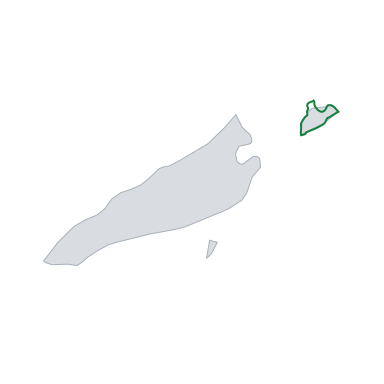 Ambeno highlighted on a map of East Timor, rotated 169°
{"feature_id": "TLS-543", "entity_name": "Ambeno", "entity_type": "District", "adm_level": 1, "iso_a3": "TLS", "parent_name": "East Timor", "parent_adm1": "", "projection": "mercator", "projection_center": [124.284, -9.341], "detail": "fine", "context": "in_parent", "style": "outline", "palette": "green", "viewbox_px": 384, "rotation_deg": 169, "n_neighbors": 0, "source": "natural_earth", "source_scale": "10m", "svg_char_len": 1706}
<svg xmlns="http://www.w3.org/2000/svg" viewBox="0 0 384 384"><g transform="rotate(169 192 192)"><path d="M134.1,259.6L130.7,246.7L127.2,241.2L124.4,238.1L123.4,234.2L123.6,230.2L125.3,228.3L137.2,227.8L142.0,221.2L142.0,213.3L139.6,210.6L137.2,209.5L124.8,215.4L121.3,214.4L119.2,212.2L119.9,203.4L130.1,195.2L138.7,180.3L144.8,174.4L158.9,168.8L164.6,167.3L205.7,159.1L215.6,158.5L241.6,158.8L276.5,157.0L285.1,155.9L296.3,152.2L307.1,147.8L312.9,144.3L318.9,141.7L327.9,144.9L343.1,147.3L347.2,149.5L351.0,152.4L333.3,168.1L313.9,181.0L302.0,185.0L289.6,187.6L280.2,192.6L272.2,200.5L262.0,204.9L250.6,206.4L240.8,208.8L231.9,213.4L219.6,221.3L214.6,222.1L209.3,221.9L199.0,225.0L167.2,236.3L147.9,248.9L134.1,259.6ZM33.6,242.8L49.4,234.3L73.4,227.9L72.8,232.6L70.3,240.1L66.7,243.6L61.2,249.9L57.6,251.3L43.2,249.9L41.3,250.8L38.9,250.2L35.2,246.1L33.6,242.8ZM190.3,124.4L183.9,141.3L176.8,137.7L184.3,128.2L187.9,125.4L190.3,124.4Z" fill="#d9dde1" stroke="#a8b0b8" stroke-width="1"/><path d="M74.0,226.9L74.0,228.9L72.6,234.3L72.1,237.8L71.8,238.6L71.4,239.0L71.1,239.4L69.2,241.8L66.3,244.3L65.4,244.8L65.0,244.8L64.6,245.0L64.0,246.0L63.7,249.0L63.4,249.7L62.4,251.1L62.1,251.8L62.1,252.5L62.5,254.2L62.4,255.1L61.6,256.5L60.3,257.3L58.6,257.7L56.8,257.9L55.6,258.2L55.2,258.5L55.1,258.3L54.8,257.1L54.8,256.5L55.1,254.7L55.2,254.0L54.8,252.4L54.1,250.7L53.2,249.1L52.1,247.7L50.6,246.5L49.3,245.9L48.0,246.0L46.4,246.6L45.1,247.7L43.1,250.4L41.9,251.2L38.9,250.7L36.2,248.3L33.0,242.8L34.8,242.3L42.7,239.2L44.4,239.0L45.6,238.3L47.7,235.3L48.7,234.2L51.6,232.9L58.1,230.9L67.6,229.0L68.7,228.5L69.5,227.4L71.5,227.0L73.9,226.9L74.0,226.9Z" fill="none" stroke="#15803d" stroke-width="2"/></g></svg>